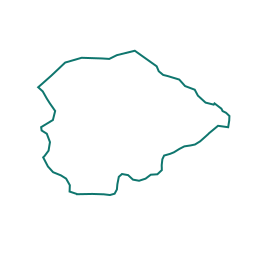 Namyangju-si, Gyeonggi, South Korea (Equal Earth projection), rotated 284°
{"feature_id": "91817680B38772026787440", "entity_name": "Namyangju-si", "entity_type": "district", "adm_level": 2, "iso_a3": "KOR", "parent_name": "South Korea", "parent_adm1": "Gyeonggi", "projection": "equal_earth", "projection_center": [127.227, 37.639], "detail": "fine", "context": "isolated", "style": "outline", "palette": "teal", "viewbox_px": 256, "rotation_deg": 284, "n_neighbors": 0, "source": "geoboundaries", "source_scale": "gbopen_adm2", "svg_char_len": 1044}
<svg xmlns="http://www.w3.org/2000/svg" viewBox="0 0 256 256"><g transform="rotate(284 128 128)"><path d="M79.0,52.8L71.3,59.6L67.0,66.0L65.8,74.4L63.9,80.2L58.4,85.4L52.2,86.7L51.6,94.4L51.4,94.5L55.4,109.4L57.8,120.5L58.6,126.7L61.0,130.9L65.7,132.1L70.8,131.3L78.4,130.9L81.9,133.3L82.3,139.5L79.1,145.3L79.5,151.5L83.1,157.3L88.2,161.4L90.2,167.7L95.3,171.0L98.0,170.3L98.6,170.1L100.1,169.7L106.0,168.9L110.0,169.7L113.1,175.1L115.5,178.4L120.2,183.0L123.8,187.1L126.2,192.9L128.2,197.0L132.5,201.2L137.3,204.5L141.6,207.4L142.4,207.8L146.3,210.7L151.9,214.8L153.0,225.0L159.8,224.4L164.2,223.5L166.5,219.4L167.3,215.7L169.3,214.0L172.8,206.0L171.4,205.5L171.4,197.1L176.3,188.0L181.3,183.5L182.5,173.2L187.4,166.0L188.0,153.8L188.0,149.3L190.5,144.1L194.8,140.9L204.6,115.9L196.0,99.6L190.5,93.1L189.2,86.0L184.9,66.0L176.3,51.2L160.2,40.9L145.8,31.0L142.9,36.4L136.8,42.2L133.1,46.1L126.9,53.2L117.6,53.2L107.8,43.5L104.7,44.8L102.8,50.6L95.4,55.7L86.8,56.4L80.6,53.8L79.0,52.8Z" fill="none" stroke="#0f766e" stroke-width="2"/></g></svg>